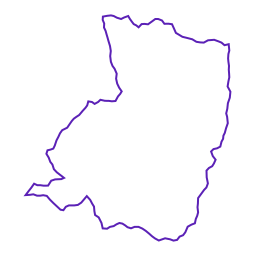 the district of Ocauçu, São Paulo, Brazil
{"feature_id": "56859067B65296582984001", "entity_name": "Ocauçu", "entity_type": "district", "adm_level": 2, "iso_a3": "BRA", "parent_name": "Brazil", "parent_adm1": "São Paulo", "projection": "mercator", "projection_center": [-49.95, -22.434], "detail": "fine", "context": "isolated", "style": "outline", "palette": "violet", "viewbox_px": 256, "rotation_deg": 0, "n_neighbors": 0, "source": "geoboundaries", "source_scale": "gbopen_adm2", "svg_char_len": 2359}
<svg xmlns="http://www.w3.org/2000/svg" viewBox="0 0 256 256"><path d="M194.9,223.3L195.8,219.0L197.2,215.8L198.1,212.4L197.5,207.2L197.9,203.7L198.1,198.1L201.4,193.6L204.1,189.9L206.4,187.5L207.9,183.4L206.7,177.4L206.5,170.6L208.9,168.0L212.2,166.2L213.9,163.5L215.6,159.7L212.8,156.1L211.1,151.5L213.5,149.1L217.1,148.3L220.3,146.6L221.5,141.7L223.1,138.8L223.4,135.7L224.8,132.9L226.0,128.4L227.8,123.2L227.1,116.7L226.2,113.4L227.3,108.8L227.9,103.2L229.8,97.7L230.4,91.7L227.6,86.5L228.4,81.5L229.3,77.3L229.1,73.7L228.8,69.7L229.0,65.9L228.4,61.7L228.1,58.5L228.4,54.0L229.3,50.6L228.7,44.2L224.5,45.2L221.5,42.6L218.3,41.3L214.2,39.8L208.0,40.3L203.8,42.6L200.2,42.4L196.4,41.8L192.3,39.3L187.3,38.0L182.4,36.8L179.1,34.8L175.9,32.9L174.0,28.6L172.0,24.2L168.3,23.7L164.4,23.8L162.0,20.5L158.2,19.0L155.3,19.0L151.9,21.5L148.0,24.3L144.5,23.9L141.6,24.1L138.6,27.3L136.3,25.4L133.7,24.1L131.8,21.6L129.8,18.8L128.2,16.0L124.1,17.5L121.1,19.0L116.9,17.7L113.7,16.0L111.0,15.4L107.3,15.8L102.9,16.6L102.7,19.9L104.2,23.5L104.0,27.5L105.6,30.9L106.6,34.5L107.5,37.5L108.5,41.1L110.0,46.0L110.8,51.0L110.2,56.1L110.9,61.8L112.5,65.9L114.6,68.8L116.7,73.7L116.1,78.7L117.2,83.6L119.1,87.6L121.7,91.4L120.2,93.9L118.0,96.4L115.5,101.0L111.9,101.3L109.0,100.9L104.9,100.8L100.4,99.8L98.1,102.0L94.6,103.9L92.0,102.0L88.3,101.4L87.2,105.4L85.4,107.9L82.8,110.7L79.2,115.0L76.3,116.9L73.8,118.7L71.8,121.0L69.8,123.9L67.2,127.7L62.2,130.2L60.0,133.3L58.4,136.8L56.5,140.4L54.8,145.5L53.3,148.6L50.5,149.6L47.5,150.3L46.4,153.8L48.7,157.6L50.3,161.9L52.4,164.5L53.9,169.2L56.8,172.3L64.0,177.9L61.3,179.1L55.1,179.4L51.2,180.7L48.1,185.6L43.8,185.7L40.3,185.2L37.3,185.2L34.1,183.7L31.3,187.7L28.7,191.0L25.6,195.1L30.1,194.8L33.3,194.3L37.1,195.7L40.0,195.7L43.2,195.2L46.8,195.9L49.9,199.6L53.3,203.0L60.5,209.7L63.4,210.2L65.8,206.8L68.9,205.4L74.3,205.4L77.9,204.9L81.3,202.6L86.8,196.1L90.2,199.9L92.2,203.7L94.0,206.6L94.4,211.2L95.1,215.0L98.7,217.4L101.5,223.0L102.7,228.4L107.1,228.7L109.9,226.9L113.7,226.1L116.5,224.3L119.4,223.0L122.4,223.6L125.2,225.4L127.5,227.2L131.0,228.3L134.5,226.9L138.6,226.9L142.4,228.6L145.8,230.9L149.2,233.7L152.1,236.3L155.1,238.5L158.8,240.5L165.1,238.3L170.1,239.3L173.5,240.6L177.1,239.9L179.6,236.6L183.1,235.2L185.3,232.3L187.7,226.7L191.5,224.6L194.9,223.3Z" fill="none" stroke="#5b21b6" stroke-width="2"/></svg>